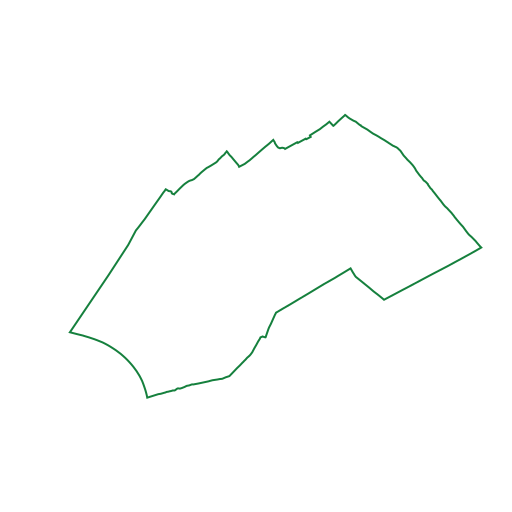 the district of Phra Khanong, Bangkok Metropolis, Thailand, rotated 330°
{"feature_id": "78962969B55596072077458", "entity_name": "Phra Khanong", "entity_type": "district", "adm_level": 2, "iso_a3": "THA", "parent_name": "Thailand", "parent_adm1": "Bangkok Metropolis", "projection": "mercator", "projection_center": [100.617, 13.692], "detail": "fine", "context": "isolated", "style": "outline", "palette": "green", "viewbox_px": 512, "rotation_deg": 330, "n_neighbors": 0, "source": "geoboundaries", "source_scale": "gbopen_adm2", "svg_char_len": 5603}
<svg xmlns="http://www.w3.org/2000/svg" viewBox="0 0 512 512"><g transform="rotate(330 256 256)"><path d="M455.3,361.3L454.8,359.3L453.9,354.6L453.7,353.1L452.2,347.3L451.8,346.1L451.3,344.7L451.0,343.5L450.8,342.4L450.4,339.4L449.9,334.3L449.1,330.7L448.6,328.1L448.3,326.3L448.2,325.9L448.1,325.2L448.0,324.8L447.8,323.1L447.7,322.9L447.5,321.5L447.4,319.9L447.2,318.8L447.0,317.5L446.9,316.6L445.7,311.5L445.6,310.8L445.5,310.5L445.5,310.4L444.5,307.4L444.2,305.7L444.1,305.4L444.1,305.1L444.0,304.5L443.5,299.9L443.4,299.8L442.8,296.0L442.4,293.0L442.1,290.8L441.9,289.6L441.7,288.4L441.6,287.6L441.6,286.6L441.0,284.6L440.9,284.1L440.8,282.1L440.7,281.8L440.6,280.1L440.7,279.8L440.7,279.7L440.8,279.5L440.6,279.0L440.5,278.4L440.4,278.0L440.2,277.2L440.1,276.9L439.9,276.2L439.3,275.0L439.1,274.6L439.0,274.1L438.9,273.2L438.8,271.5L438.5,270.3L438.0,267.5L437.7,264.8L437.4,262.4L437.4,261.4L437.5,259.9L437.4,258.3L437.2,256.4L437.1,255.7L437.0,255.2L436.3,251.9L435.2,248.1L435.0,246.8L434.6,245.0L434.1,242.8L434.1,242.7L433.7,237.2L433.3,235.8L433.2,235.6L432.5,233.1L431.6,231.5L430.8,230.5L430.5,229.9L430.0,229.4L429.5,228.5L428.5,226.5L427.4,224.4L427.3,224.1L426.2,222.0L425.7,221.0L425.2,220.0L423.0,216.2L422.1,214.4L422.0,214.2L421.9,214.0L421.3,213.0L420.8,212.1L420.5,211.6L418.6,208.6L417.4,206.1L415.6,202.1L412.5,196.9L412.2,196.2L411.9,195.5L412.0,195.1L411.6,194.7L411.3,194.2L411.1,193.7L409.8,190.2L409.6,189.6L409.4,189.3L409.3,189.2L409.0,188.8L408.1,187.6L407.8,187.1L405.9,183.8L405.1,182.1L405.0,181.8L404.0,179.0L403.7,178.4L403.1,178.6L398.7,179.5L394.6,180.4L390.8,181.4L388.1,182.0L388.0,181.9L386.7,176.4L382.7,177.1L378.6,177.5L374.6,178.1L373.8,178.1L369.7,178.2L363.0,178.5L362.9,180.2L357.9,180.0L357.8,179.9L357.8,179.4L357.7,179.2L356.5,179.2L352.8,179.1L349.1,179.0L348.9,179.0L348.9,178.8L348.8,178.6L348.8,178.2L348.7,178.1L334.8,177.8L334.8,177.7L334.6,177.3L334.4,176.9L334.2,176.6L333.7,176.1L332.9,175.4L332.4,175.2L331.9,175.0L331.0,174.8L330.4,174.5L329.9,173.8L329.8,173.6L329.7,173.5L329.5,173.2L329.3,172.9L329.2,172.1L329.0,171.1L328.9,169.4L328.8,167.9L328.9,167.7L329.1,166.6L329.0,164.8L329.0,164.1L328.5,164.2L327.5,164.4L323.3,165.3L320.2,165.8L318.8,166.0L314.5,166.8L310.4,167.6L306.0,168.5L303.4,168.9L301.0,169.4L299.3,169.7L298.4,169.9L296.2,170.1L292.3,170.6L286.0,170.3L286.1,169.6L286.1,168.2L286.0,167.7L285.5,165.1L284.6,160.0L284.6,159.8L284.2,157.6L283.6,155.6L283.5,154.5L283.3,153.1L283.3,152.6L283.2,151.4L283.2,151.2L283.0,150.7L282.8,150.8L282.5,151.0L281.1,151.4L280.3,151.8L279.6,152.1L278.5,152.4L277.6,152.5L276.6,152.6L275.5,152.9L273.5,153.5L272.1,153.7L271.2,154.1L270.9,154.2L270.2,154.5L269.7,154.7L269.2,154.8L268.2,155.0L265.2,155.1L262.2,155.2L259.1,155.2L257.4,155.1L255.4,155.4L250.7,156.2L248.9,156.6L247.9,156.9L247.3,157.1L246.0,157.3L243.7,157.8L242.3,158.1L240.7,158.4L239.6,158.3L238.3,158.2L237.0,157.8L235.6,157.6L234.3,157.6L232.8,157.7L230.6,157.9L229.9,158.0L228.3,158.3L223.5,159.5L220.0,160.5L216.0,161.5L215.9,161.6L214.8,160.4L214.7,160.3L214.7,160.1L214.6,159.9L214.5,159.7L214.5,159.3L214.5,159.2L214.8,158.7L214.8,158.4L214.8,158.2L214.8,157.9L214.7,157.8L214.6,157.6L214.5,157.4L214.1,157.0L213.6,156.7L213.1,156.3L212.8,156.0L212.6,155.7L212.5,155.4L212.1,154.7L211.2,153.1L210.7,153.3L209.8,153.8L207.3,154.8L205.4,155.7L202.7,157.0L194.0,161.0L183.9,165.7L182.2,166.5L177.9,168.5L174.7,169.8L168.5,172.4L167.2,172.9L164.8,173.8L150.9,182.5L118.6,198.9L56.7,229.0L62.2,234.4L64.4,236.5L66.5,238.5L66.9,239.0L70.5,242.8L74.4,247.2L76.3,249.5L78.1,251.8L79.9,254.1L81.6,256.7L83.2,259.3L84.7,262.0L86.1,264.7L87.5,267.5L88.7,270.3L89.9,273.1L90.9,276.0L91.8,278.8L92.6,281.7L93.3,284.7L93.9,287.6L94.4,290.6L94.7,293.3L95.0,296.0L95.1,298.7L95.2,301.4L95.1,304.1L94.9,307.3L94.4,310.5L93.8,313.7L93.2,316.6L92.5,319.4L91.7,322.2L91.0,324.3L102.3,326.8L103.6,327.3L104.6,327.7L105.0,327.8L106.6,328.2L107.9,328.5L108.2,328.6L108.3,328.6L109.3,328.9L110.4,329.0L110.6,329.0L110.8,329.1L112.1,329.6L112.7,329.8L113.4,329.9L114.1,330.2L115.9,330.7L116.6,330.8L116.8,330.9L117.0,331.0L118.2,331.7L118.4,331.7L118.8,331.8L119.6,331.7L120.8,331.5L121.3,331.5L121.7,331.5L122.1,331.6L122.6,331.9L123.8,332.8L124.2,332.9L125.9,333.3L126.7,333.4L128.6,333.7L131.0,333.8L133.5,334.7L136.1,335.1L136.7,335.4L137.5,335.9L142.3,337.6L152.5,340.9L153.1,341.0L156.1,341.8L159.9,343.3L160.9,343.7L163.0,344.4L165.2,345.4L165.7,345.5L166.4,345.6L169.1,345.9L171.9,346.5L172.3,346.6L172.6,346.6L172.9,346.7L176.8,345.6L180.9,344.4L183.6,343.6L187.3,342.7L191.3,341.5L191.5,341.5L191.9,341.4L192.5,341.2L194.2,340.7L194.4,340.7L195.8,340.3L195.9,340.2L197.8,339.6L199.2,339.4L199.4,339.3L199.5,339.3L200.2,339.2L200.3,339.1L200.5,339.1L201.1,338.9L201.8,338.7L204.6,337.5L206.3,336.4L208.7,334.9L211.7,333.2L215.1,331.1L217.8,329.7L219.2,328.7L219.4,328.7L219.8,328.8L220.2,328.9L220.9,329.0L221.3,328.9L221.9,329.5L222.7,330.4L223.4,331.1L223.6,331.2L223.8,331.1L224.9,330.1L228.7,326.8L230.8,325.0L231.9,324.2L235.0,322.2L239.0,319.3L243.3,316.2L243.7,316.0L244.9,315.2L245.0,315.1L245.3,315.1L252.9,315.0L261.3,315.0L272.0,314.8L282.3,314.7L291.5,314.5L301.0,314.3L312.3,314.4L313.7,314.4L316.5,314.3L323.2,314.2L331.7,314.0L331.7,318.9L331.8,320.4L331.8,321.7L331.9,323.2L332.0,323.8L332.1,324.2L333.7,328.3L336.0,334.3L338.3,340.3L340.1,345.4L341.6,349.0L341.8,349.4L344.3,355.9L345.0,357.9L355.7,358.3L366.9,358.7L368.7,358.8L389.3,359.5L395.2,359.7L400.6,359.9L416.8,360.6L425.3,360.8L436.0,361.1L437.0,361.1L440.6,361.2L448.7,361.3L455.3,361.3Z" fill="none" stroke="#15803d" stroke-width="2"/></g></svg>